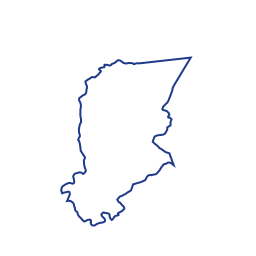 Odsan, Castries, Saint Lucia (Albers equal-area conic projection), rotated 234°
{"feature_id": "8701671B52063001665114", "entity_name": "Odsan", "entity_type": "district", "adm_level": 2, "iso_a3": "LCA", "parent_name": "Saint Lucia", "parent_adm1": "Castries", "projection": "albers", "projection_center": [-60.985, 13.974], "detail": "fine", "context": "isolated", "style": "outline", "palette": "blue", "viewbox_px": 256, "rotation_deg": 234, "n_neighbors": 0, "source": "geoboundaries", "source_scale": "gbopen_adm2", "svg_char_len": 5590}
<svg xmlns="http://www.w3.org/2000/svg" viewBox="0 0 256 256"><g transform="rotate(234 128 128)"><path d="M71.0,143.1L83.2,146.6L86.3,144.3L91.7,142.5L93.3,141.6L96.1,141.4L98.0,140.8L102.3,139.9L103.6,141.6L105.4,144.5L104.9,147.2L101.9,152.6L101.7,154.8L103.6,158.8L105.4,160.1L105.1,163.9L108.0,166.1L109.5,168.4L111.8,167.9L112.7,166.8L113.8,167.3L114.4,169.3L116.4,169.7L119.0,169.3L122.2,166.8L123.3,167.0L124.6,169.3L125.2,172.6L125.5,175.0L126.8,177.5L129.4,181.5L132.2,185.7L134.3,188.0L135.8,191.1L148.1,220.1L173.6,175.2L174.7,173.9L175.6,172.4L176.0,170.5L178.2,169.4L180.4,166.3L181.1,164.6L183.2,162.6L186.6,161.6L187.7,160.9L188.7,159.8L188.7,157.8L188.5,155.9L188.8,154.1L189.3,152.7L188.9,151.2L189.3,149.8L189.8,149.4L191.1,148.5L192.9,146.3L192.9,146.0L192.4,145.7L191.5,145.2L191.4,145.1L191.3,144.8L191.2,144.6L191.3,144.3L191.6,143.8L191.8,143.4L192.1,142.8L192.4,142.0L192.6,141.2L192.9,140.4L192.9,139.7L192.6,139.1L191.9,139.1L190.7,139.5L190.3,139.5L189.9,139.4L189.6,139.1L189.5,138.7L189.3,138.1L189.3,137.6L188.8,135.5L188.6,134.8L188.6,134.4L188.7,133.4L188.7,133.0L188.5,132.5L188.4,131.9L188.3,131.6L188.4,131.2L188.6,130.7L189.0,130.2L189.5,129.9L189.8,129.5L190.0,129.2L190.4,128.6L190.5,128.3L190.6,127.9L190.6,127.6L190.5,127.2L190.5,126.8L190.4,126.4L190.6,124.9L190.7,124.4L190.7,123.4L190.7,122.9L190.8,122.4L190.8,122.1L190.8,121.4L190.7,121.0L190.4,120.8L189.7,120.5L189.3,120.3L189.0,120.0L188.5,119.9L187.9,119.8L187.3,119.6L186.6,119.6L186.2,119.4L185.5,119.1L184.7,118.4L182.3,115.9L182.0,115.6L181.6,115.4L181.3,115.1L181.0,114.6L180.5,113.4L180.5,112.8L180.5,112.7L180.7,111.7L180.9,110.6L180.8,107.6L180.8,106.1L179.8,105.1L178.4,104.6L176.0,104.2L174.0,103.2L172.6,102.1L170.3,99.8L168.5,98.7L167.7,97.8L164.4,95.9L163.9,95.7L163.4,95.5L163.0,95.3L162.6,95.1L162.2,94.7L161.1,94.0L160.3,93.5L160.0,92.9L159.7,92.0L159.6,91.8L159.1,91.2L158.6,90.5L158.4,90.3L158.0,89.7L157.7,89.4L157.0,88.8L156.6,88.4L156.3,88.0L155.7,87.4L155.2,87.1L154.9,86.8L154.5,86.6L154.1,86.4L153.6,86.1L152.8,85.6L151.9,85.3L151.5,85.2L151.0,85.0L150.7,84.9L150.4,84.8L149.8,84.3L149.5,84.1L149.4,83.6L149.1,83.1L148.9,82.7L148.7,82.3L148.5,81.9L148.2,81.5L148.1,81.2L147.9,80.9L147.6,80.7L146.6,80.8L145.8,80.6L145.4,80.4L144.0,80.0L143.1,79.5L142.7,79.3L142.3,79.1L141.9,78.9L141.0,78.5L140.7,78.2L140.3,78.0L139.8,77.8L139.0,77.2L138.7,77.1L138.1,76.8L137.6,76.5L137.3,76.3L136.9,76.3L135.9,76.3L131.3,76.0L130.7,76.1L130.3,76.1L129.7,75.9L129.4,75.8L129.1,75.5L128.9,75.4L128.7,75.1L128.5,74.8L128.3,74.3L128.0,73.7L127.7,73.3L127.5,73.1L127.1,72.8L126.6,72.5L125.9,72.1L125.4,71.8L125.0,71.5L124.7,71.3L124.2,71.1L123.9,70.9L123.4,70.6L123.0,70.4L122.1,70.1L121.6,69.9L120.8,69.7L120.4,69.5L119.8,69.4L119.5,69.3L118.9,69.1L118.5,69.0L118.1,68.6L117.8,68.2L117.8,67.9L117.6,67.4L117.5,67.0L117.3,66.6L117.2,66.1L117.2,65.7L117.2,65.0L117.3,64.6L117.6,64.5L118.0,64.4L118.4,64.4L119.0,64.2L120.0,63.4L120.6,62.7L120.8,62.3L122.2,58.4L122.0,57.0L121.9,56.7L121.7,56.2L121.6,55.9L121.1,55.3L120.9,55.1L117.2,53.6L115.7,52.5L115.4,52.2L115.3,51.1L115.3,50.7L118.1,48.3L118.2,48.1L118.4,47.6L118.5,47.2L118.6,46.8L118.7,46.4L118.8,46.0L118.8,45.7L118.9,45.4L119.0,45.0L119.1,44.5L119.1,43.7L119.2,42.4L119.2,41.8L119.2,41.4L119.2,40.8L119.1,40.2L119.0,39.8L118.8,39.6L118.3,39.0L118.1,38.7L117.8,38.4L117.6,38.0L117.2,37.6L116.8,37.4L116.3,37.1L116.1,37.1L115.5,36.8L115.0,36.7L114.5,36.6L114.2,36.5L113.8,36.4L113.5,37.9L112.5,40.1L111.7,42.1L110.9,42.9L109.9,42.7L108.9,42.2L108.3,41.7L106.6,38.8L105.9,37.9L104.8,35.9L104.4,36.8L102.4,38.8L100.2,39.5L98.4,39.5L96.0,38.3L95.0,38.3L93.1,37.2L91.6,37.0L89.6,37.5L87.5,36.7L87.4,36.6L85.8,36.4L82.0,37.0L78.7,37.3L78.2,37.5L78.0,37.8L77.8,38.3L77.7,39.0L77.6,39.6L77.6,40.2L77.5,40.6L77.3,41.1L77.3,41.4L77.0,41.9L76.9,42.3L76.6,42.7L76.4,43.1L75.9,43.6L75.6,43.7L75.2,43.7L74.9,43.6L74.3,43.2L73.9,42.9L73.7,42.6L73.2,42.0L72.5,41.9L72.1,41.7L71.7,41.7L71.0,41.6L70.6,41.8L70.3,41.9L70.0,42.1L69.5,42.6L69.2,43.0L69.0,43.4L68.8,43.8L68.7,44.3L68.7,44.7L68.7,45.3L68.7,45.7L68.7,46.3L68.6,46.6L68.5,47.2L68.4,47.6L68.2,48.1L68.1,48.4L67.9,49.0L67.8,49.4L67.6,49.9L67.4,50.1L67.1,50.7L66.9,51.1L66.5,51.9L66.3,52.5L66.1,53.4L66.1,53.8L66.1,54.1L66.1,54.4L66.3,54.7L66.8,55.1L67.0,55.2L67.7,55.5L68.1,55.6L68.5,55.7L68.8,55.6L69.5,55.6L69.9,55.5L70.3,55.4L70.7,55.3L71.3,55.2L71.8,55.2L72.3,55.2L72.6,55.3L73.2,55.4L73.5,55.5L73.9,56.0L74.0,56.2L74.0,56.9L74.1,57.3L74.2,57.8L74.1,58.2L74.1,58.4L74.0,58.5L73.8,58.7L73.6,58.9L72.9,59.5L71.6,60.8L71.1,61.2L70.8,61.4L70.3,61.8L70.0,62.0L69.8,62.1L69.4,62.2L69.0,62.1L68.6,62.0L68.3,61.8L67.7,61.5L67.4,61.3L67.0,61.1L65.9,60.7L65.5,60.7L65.0,60.7L64.7,60.6L64.1,60.6L63.6,60.7L63.3,60.9L63.2,60.9L63.1,61.3L63.2,61.8L63.3,62.3L63.5,63.1L63.8,63.7L63.9,64.1L64.1,64.5L64.2,64.8L64.3,65.6L64.3,65.8L64.2,66.3L63.9,67.0L64.1,66.5L63.1,69.0L63.9,69.6L64.1,69.6L64.6,69.5L64.9,69.7L64.9,70.0L64.9,70.9L64.8,71.2L64.7,71.8L64.3,74.8L64.7,76.1L64.8,77.5L65.6,78.0L67.0,78.3L69.9,77.8L72.0,77.8L73.0,77.1L74.8,77.0L76.4,77.3L77.3,80.7L77.2,81.7L76.7,83.1L76.5,85.3L76.0,87.2L76.2,89.5L76.0,90.6L75.8,92.6L75.8,93.8L77.0,95.6L77.9,96.9L78.6,98.0L79.3,98.7L79.4,99.3L78.8,100.6L78.0,103.1L77.2,105.1L76.6,107.0L76.2,108.9L75.8,110.6L75.7,111.3L76.1,112.0L77.4,114.8L77.7,115.7L77.6,116.5L77.2,117.8L76.8,118.8L75.9,119.4L75.6,120.6L75.3,121.4L74.8,122.1L74.4,123.0L74.2,124.2L74.6,126.0L74.9,127.3L75.0,127.8L75.0,128.3L75.9,130.1L76.8,132.6L77.6,135.5L76.7,137.9L76.6,139.8L75.4,141.6L73.1,142.7L72.2,142.7L71.0,143.1Z" fill="none" stroke="#1e3a8a" stroke-width="2"/></g></svg>